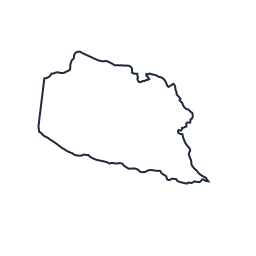 Dom Basílio, Bahia, Brazil (Equal Earth projection), rotated 133°
{"feature_id": "56859067B28125703872164", "entity_name": "Dom Basílio", "entity_type": "district", "adm_level": 2, "iso_a3": "BRA", "parent_name": "Brazil", "parent_adm1": "Bahia", "projection": "equal_earth", "projection_center": [-41.73, -13.831], "detail": "fine", "context": "isolated", "style": "outline", "palette": "slate", "viewbox_px": 256, "rotation_deg": 133, "n_neighbors": 0, "source": "geoboundaries", "source_scale": "gbopen_adm2", "svg_char_len": 2972}
<svg xmlns="http://www.w3.org/2000/svg" viewBox="0 0 256 256"><g transform="rotate(133 128 128)"><path d="M191.3,190.5L190.9,188.5L191.1,186.2L191.0,183.7L190.2,181.2L189.8,179.3L189.6,176.9L189.0,174.7L188.8,172.5L188.4,170.4L188.1,168.1L188.0,166.3L187.8,164.3L187.5,162.4L187.1,160.6L186.7,158.4L186.1,155.8L185.4,153.7L184.5,151.7L184.2,149.3L183.4,147.4L182.4,145.9L181.2,144.5L180.0,143.2L178.6,142.7L177.4,142.1L176.3,140.2L174.8,138.5L174.9,136.3L174.5,133.9L173.9,132.3L173.2,130.3L172.0,128.0L170.7,125.9L169.9,124.6L169.0,123.1L168.2,121.6L167.4,120.2L167.0,118.5L166.4,117.1L164.8,116.1L163.8,115.1L163.0,113.5L161.7,112.2L160.6,111.1L159.4,110.1L158.4,108.8L157.9,107.2L158.4,105.4L157.9,102.5L157.4,99.9L156.0,98.5L154.7,97.2L153.7,96.2L152.6,94.8L151.7,92.4L151.8,89.9L151.2,88.2L150.1,87.0L149.0,85.9L147.9,85.2L146.5,84.9L144.8,84.1L143.0,82.5L141.4,80.2L140.5,78.8L139.0,76.9L137.4,75.2L138.1,73.0L138.0,70.8L137.6,69.2L137.3,67.1L138.1,65.6L138.9,64.2L137.9,62.2L136.2,61.7L134.7,61.0L133.6,59.2L132.5,57.9L133.1,55.7L132.1,53.1L130.5,50.4L129.4,48.4L128.5,47.0L127.0,46.8L125.9,45.6L125.1,44.2L123.4,43.4L121.8,43.1L120.5,41.0L119.6,39.7L118.6,38.6L116.9,38.6L114.9,38.6L114.2,37.5L113.7,35.1L112.2,33.0L111.9,35.0L111.3,36.9L111.9,39.2L112.5,41.6L112.9,44.9L112.4,47.7L112.4,50.5L112.4,52.5L112.0,54.8L111.5,56.5L110.5,57.7L109.3,58.9L108.4,60.3L107.7,62.0L106.7,64.0L105.6,65.7L103.9,66.7L102.4,66.9L101.2,68.2L100.7,70.4L100.5,73.0L99.9,75.6L99.1,77.6L98.0,80.0L96.7,82.2L95.4,84.0L96.6,85.5L97.2,87.7L96.5,89.1L95.0,89.6L93.8,87.5L92.3,87.7L91.2,88.6L89.9,87.5L88.5,87.2L87.2,86.3L86.1,87.3L85.1,88.4L83.3,88.3L81.7,86.2L80.2,87.2L79.1,88.1L77.5,87.7L75.8,88.2L74.4,89.5L73.1,91.3L73.4,93.2L73.4,95.0L73.5,97.0L74.4,98.3L74.4,100.5L74.1,102.5L73.5,103.9L72.7,105.2L72.7,107.0L72.5,109.3L70.8,109.5L70.6,111.4L70.4,113.1L70.4,115.3L68.8,116.7L68.2,118.2L67.2,119.9L66.0,121.2L65.0,122.8L64.7,124.9L70.3,126.4L70.4,128.1L69.3,130.1L68.5,132.3L67.8,134.7L68.2,138.0L69.6,140.4L70.2,143.1L71.0,144.7L71.8,146.1L72.7,147.5L73.4,149.3L74.8,149.6L75.9,151.4L77.2,150.4L77.3,148.3L77.6,145.9L78.9,146.1L80.6,147.5L82.1,147.8L83.3,149.1L84.8,149.6L86.0,150.1L86.9,151.6L86.3,153.4L85.5,154.9L84.1,155.2L83.1,157.1L82.0,158.2L83.2,159.5L84.4,161.2L84.7,162.9L83.3,164.1L81.8,165.6L81.4,168.2L81.9,169.8L82.9,171.2L84.0,172.3L85.4,173.9L86.8,175.8L87.8,176.6L88.7,178.0L90.1,179.2L91.3,180.8L91.5,182.4L92.3,185.4L93.0,187.6L93.6,189.4L95.5,191.0L96.9,192.5L97.7,194.0L98.6,195.3L104.4,212.6L104.9,215.4L106.7,216.8L108.5,217.6L110.4,217.5L111.8,216.9L112.9,215.9L114.3,215.1L116.0,215.2L117.6,215.1L118.8,214.3L120.3,213.8L121.8,212.7L123.6,211.1L125.1,210.3L126.7,210.6L128.0,211.1L129.4,211.8L131.0,212.2L132.8,213.8L133.8,214.8L135.0,217.3L136.6,218.6L138.3,219.3L139.4,220.0L140.3,221.0L142.2,220.7L144.1,220.6L145.5,221.0L147.0,221.6L148.8,223.0L184.3,197.2L185.4,196.3L187.8,194.7L191.3,190.5Z" fill="none" stroke="#1e293b" stroke-width="2"/></g></svg>